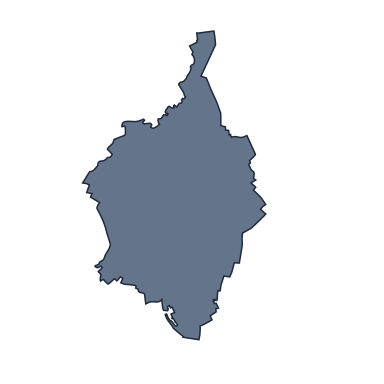 outline of Nam Tu Liem, Ha Noi, Vietnam, rotated 46°
{"feature_id": "81297802B23821385944469", "entity_name": "Nam Tu Liem", "entity_type": "district", "adm_level": 2, "iso_a3": "VNM", "parent_name": "Vietnam", "parent_adm1": "Ha Noi", "projection": "albers", "projection_center": [105.76, 21.018], "detail": "fine", "context": "isolated", "style": "filled", "palette": "slate", "viewbox_px": 384, "rotation_deg": 46, "n_neighbors": 0, "source": "geoboundaries", "source_scale": "gbopen_adm2", "svg_char_len": 5915}
<svg xmlns="http://www.w3.org/2000/svg" viewBox="0 0 384 384"><g transform="rotate(46 192 192)"><path d="M91.5,64.4L91.4,64.5L89.7,66.7L87.8,69.4L87.2,70.1L86.3,71.3L85.6,72.2L84.8,73.4L82.3,76.7L80.9,78.1L86.4,82.3L86.3,83.2L87.7,84.5L87.5,85.3L85.3,92.3L86.2,92.6L89.9,93.6L90.7,93.7L92.1,94.2L92.5,95.1L92.8,96.4L93.1,96.5L95.1,96.7L97.4,97.4L99.9,99.7L100.7,101.0L101.0,102.0L100.9,102.8L100.4,104.3L100.5,105.7L100.9,106.3L102.3,106.6L103.4,108.6L104.3,110.4L104.8,113.1L105.4,115.2L106.4,117.4L106.5,119.7L106.6,120.1L106.4,121.9L105.7,123.0L104.9,124.3L105.0,126.3L105.6,127.0L107.5,127.4L110.4,128.0L113.1,128.6L115.5,129.3L117.7,130.6L119.2,130.7L119.4,133.3L118.1,133.8L118.5,135.4L118.5,135.7L120.3,136.1L120.6,138.1L120.0,138.8L119.4,139.4L119.4,139.5L119.8,141.7L120.2,142.9L120.2,143.1L120.4,143.8L119.0,144.0L117.8,144.2L117.1,144.3L117.4,145.8L119.0,146.2L119.1,146.4L119.0,146.7L118.5,147.1L118.0,147.9L116.4,148.5L115.0,148.7L114.7,148.8L114.2,149.4L114.1,149.9L114.3,150.7L114.3,151.3L114.9,152.0L114.9,152.7L114.8,153.5L115.0,154.1L115.6,155.3L116.0,155.8L116.7,155.9L119.1,154.9L119.7,156.7L119.4,157.0L118.0,157.0L117.7,158.3L116.7,158.9L117.0,160.1L117.6,162.3L117.6,163.2L117.4,163.8L116.3,165.0L116.0,165.5L116.3,166.3L117.0,166.9L119.8,168.4L120.8,168.4L120.7,169.2L120.6,171.1L120.2,172.8L119.6,174.7L119.5,174.9L119.2,175.7L118.0,176.3L116.4,176.6L116.1,174.8L115.9,174.4L115.1,174.1L114.3,174.1L113.5,174.3L112.6,175.4L109.8,178.9L109.4,179.2L108.7,179.4L107.5,178.8L107.5,177.0L107.7,176.6L107.0,176.2L105.9,176.3L105.4,177.7L103.9,181.2L102.2,183.7L97.4,188.2L95.8,190.0L94.8,191.5L94.2,193.1L94.4,194.4L95.4,196.1L96.3,197.0L96.7,196.6L97.4,195.1L98.2,194.7L99.0,195.1L99.9,195.7L104.3,199.8L104.1,201.9L100.7,210.0L100.4,210.7L100.0,211.4L101.9,215.0L101.9,221.5L102.4,223.1L109.5,223.2L109.8,224.1L110.1,225.5L110.0,226.5L109.8,227.3L108.9,228.3L108.5,229.1L108.4,229.7L108.5,230.4L108.7,231.7L108.0,234.1L106.5,236.0L105.6,237.6L105.9,239.4L107.5,241.5L108.1,247.7L107.4,250.0L106.3,251.4L106.9,254.1L108.7,261.1L109.5,264.4L112.7,262.0L115.7,261.0L119.2,268.1L123.6,265.1L125.2,268.6L126.8,268.1L130.9,267.0L134.1,266.2L135.4,265.8L135.6,266.4L136.0,268.7L136.9,270.6L137.1,271.1L137.8,271.7L139.2,272.3L140.4,272.6L141.1,272.8L144.9,273.9L151.4,276.2L156.8,278.6L163.3,282.2L168.5,284.8L171.9,286.5L173.3,287.4L175.2,291.1L176.4,295.7L177.2,298.4L178.3,300.5L179.0,302.0L179.1,303.4L178.8,305.3L178.3,306.8L178.3,307.3L178.6,307.8L179.1,309.1L178.9,310.2L178.4,311.8L177.8,312.6L177.8,313.1L178.1,313.3L178.8,313.4L180.0,313.1L181.0,312.4L181.5,311.2L181.8,309.7L182.1,309.2L182.5,309.0L183.8,309.0L184.2,311.0L184.1,312.5L184.0,314.3L184.1,314.7L188.5,315.0L190.0,317.6L191.8,319.3L192.5,319.6L193.2,316.6L199.6,316.5L200.2,315.8L200.4,312.6L200.5,308.3L200.7,307.9L203.7,307.8L203.8,307.0L203.6,305.2L203.5,304.1L203.4,303.4L203.3,302.4L205.9,301.8L206.1,301.9L206.5,302.9L206.8,303.6L207.5,305.5L207.8,306.3L210.8,305.0L212.8,303.6L214.1,302.2L219.8,297.7L220.6,297.5L222.2,299.3L223.9,298.4L224.7,298.5L226.2,299.5L227.9,299.3L230.7,297.4L231.6,297.1L232.4,297.1L233.3,297.7L240.4,303.0L240.6,302.5L241.2,300.4L241.9,298.6L242.6,297.7L243.7,296.5L245.5,294.9L246.9,293.4L247.8,292.2L248.3,290.9L248.5,289.6L248.3,288.4L251.6,291.0L254.2,293.0L256.2,294.2L257.4,294.6L259.8,292.6L260.4,292.1L260.4,291.5L259.5,290.3L257.5,289.4L257.5,289.2L257.9,287.1L260.5,287.9L260.9,286.8L261.1,286.2L262.6,286.9L266.6,288.2L265.2,291.9L266.1,292.2L268.6,293.2L268.6,294.1L269.3,294.3L269.8,293.4L273.1,294.0L273.7,294.5L274.8,294.4L276.6,294.6L277.1,294.5L277.5,295.0L277.8,295.8L277.6,296.3L277.2,296.8L276.6,297.0L274.8,296.9L271.8,296.5L270.1,296.5L269.7,297.1L267.7,296.8L266.0,296.5L264.7,296.0L262.2,295.0L261.8,295.5L261.6,295.9L261.5,296.4L262.7,296.9L264.1,297.5L265.9,298.1L267.9,298.6L269.2,298.7L269.7,298.8L275.0,299.5L277.1,300.0L277.5,300.0L279.1,299.9L284.9,299.3L287.0,299.0L289.5,298.7L290.1,299.4L291.2,298.6L303.1,289.6L302.4,288.7L301.7,287.7L300.3,285.7L300.0,285.3L299.7,285.1L299.3,284.6L299.1,284.4L297.9,283.0L297.3,282.4L297.0,282.1L296.4,281.4L296.1,281.2L295.9,280.9L295.6,280.5L294.0,279.4L294.4,278.3L295.2,276.4L295.2,276.2L296.2,272.8L297.0,270.0L297.1,269.6L297.2,269.0L297.4,268.4L297.5,267.8L297.6,267.4L297.9,266.4L293.8,265.0L293.9,264.5L293.9,264.0L294.1,263.0L294.5,260.8L295.0,257.9L292.6,256.2L294.0,253.6L288.7,251.9L287.8,253.4L285.5,252.7L285.8,251.9L284.3,251.4L285.3,250.1L285.9,250.5L286.4,250.3L287.0,249.8L287.1,249.3L286.7,248.3L286.2,247.8L285.6,247.2L281.7,243.0L280.9,241.9L282.7,240.5L281.0,238.2L279.1,235.8L274.6,227.4L278.3,224.6L279.3,223.9L277.3,219.0L272.3,210.8L276.0,207.3L275.6,206.8L274.7,205.6L272.2,202.2L270.9,200.5L269.6,198.7L269.1,198.1L267.0,195.2L266.1,194.1L265.1,192.7L259.8,187.9L259.4,187.4L256.6,184.1L259.2,174.7L259.3,164.1L259.3,162.7L259.2,159.9L259.2,158.4L259.3,157.8L259.1,155.4L259.0,154.2L257.0,154.4L252.1,154.7L251.6,151.3L252.2,147.7L247.6,146.8L246.4,146.6L245.1,146.4L242.3,146.2L237.9,146.4L236.7,146.3L235.2,146.5L233.3,146.5L233.3,146.3L232.9,142.9L232.3,142.9L230.8,142.9L229.2,143.1L226.4,143.2L227.7,137.8L226.5,138.0L224.9,138.4L223.7,136.4L221.5,134.1L220.6,133.8L220.5,133.7L219.6,133.7L218.5,133.9L218.0,133.9L217.4,134.1L217.0,134.0L213.6,132.7L211.6,132.2L211.4,132.0L211.3,131.8L211.4,131.5L211.8,130.0L211.7,129.8L211.6,129.6L209.5,128.9L209.4,121.8L209.1,120.5L209.0,120.2L189.5,113.3L188.4,116.3L187.5,118.1L186.3,119.4L184.8,120.5L182.5,122.1L181.5,123.1L180.8,124.1L180.4,124.9L180.2,125.5L178.5,125.1L177.5,124.3L176.8,125.6L173.1,122.8L171.0,124.9L168.3,122.7L164.3,125.1L156.8,118.0L155.1,116.5L145.0,112.0L140.6,110.4L132.4,107.5L132.2,107.5L127.8,105.7L124.2,104.2L119.9,102.5L114.9,105.1L111.7,96.7L110.8,94.6L110.1,92.5L108.5,88.4L107.5,85.9L106.9,84.3L105.0,79.5L102.6,73.2L102.4,72.7L96.6,68.1L91.5,64.4Z" fill="#64748b" stroke="#1e293b" stroke-width="1.5"/></g></svg>